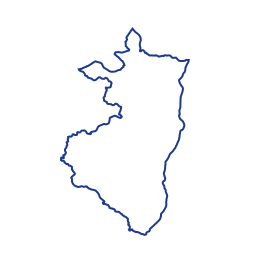 Pante Macassar, Ambeno, East Timor (orthographic projection), rotated 118°
{"feature_id": "22284137B41915999739632", "entity_name": "Pante Macassar", "entity_type": "district", "adm_level": 2, "iso_a3": "TLS", "parent_name": "East Timor", "parent_adm1": "Ambeno", "projection": "orthographic", "projection_center": [124.394, -9.27], "detail": "fine", "context": "isolated", "style": "outline", "palette": "blue", "viewbox_px": 256, "rotation_deg": 118, "n_neighbors": 0, "source": "geoboundaries", "source_scale": "gbopen_adm2", "svg_char_len": 5859}
<svg xmlns="http://www.w3.org/2000/svg" viewBox="0 0 256 256"><g transform="rotate(118 128 128)"><path d="M99.3,199.0L100.0,198.0L99.9,195.9L99.5,194.0L100.3,191.8L101.7,190.6L101.8,189.9L101.3,188.7L101.7,188.3L101.7,187.7L102.2,187.3L102.3,187.0L101.5,183.0L101.9,181.4L101.9,180.5L101.4,179.7L100.9,179.3L100.2,178.8L97.1,177.7L96.7,177.2L96.4,176.2L96.7,174.4L96.2,172.9L95.7,172.0L94.6,171.6L94.2,171.3L94.0,170.9L94.0,170.3L94.1,169.4L95.6,166.8L95.6,166.4L95.3,165.6L95.4,164.5L96.1,163.5L97.0,163.5L98.9,162.8L100.1,162.7L100.6,163.1L102.2,165.0L102.6,166.4L103.1,166.4L103.5,166.0L104.2,164.7L105.0,164.3L106.4,164.5L110.6,163.6L111.0,163.3L111.9,163.7L112.6,163.8L115.1,161.9L115.2,161.3L115.0,159.5L115.0,159.2L116.1,157.9L116.1,157.0L114.9,153.9L115.1,152.8L115.0,152.1L114.1,151.1L112.4,150.5L112.2,150.1L112.0,148.5L112.7,146.7L112.9,145.5L112.6,144.1L112.9,143.7L115.8,142.9L119.2,142.6L120.0,142.4L120.3,141.9L119.9,141.1L120.0,140.7L120.6,139.9L120.6,139.2L120.9,138.8L122.1,139.0L122.6,139.3L122.9,140.2L123.0,141.4L123.2,142.1L123.0,143.0L123.2,144.8L123.4,145.5L125.6,147.4L126.5,147.9L126.8,148.4L127.8,148.7L130.1,147.8L131.9,147.3L133.3,147.4L135.3,149.3L135.6,150.9L135.9,151.3L139.6,154.3L140.4,154.8L141.3,155.0L143.7,154.8L145.1,154.9L146.5,155.7L147.0,156.6L148.7,158.5L149.7,158.8L150.3,158.1L150.7,158.1L151.2,158.5L151.2,159.4L151.8,160.3L151.9,161.4L151.9,161.8L151.1,163.1L150.5,164.7L150.6,165.1L150.7,165.6L151.4,166.4L151.8,167.4L152.2,167.7L154.5,168.4L154.9,169.2L155.2,170.3L155.5,170.7L156.2,170.6L156.8,170.1L158.2,170.0L159.1,171.5L159.1,173.0L159.7,173.9L160.9,173.6L162.4,174.2L162.6,174.4L162.7,175.3L163.9,176.6L164.1,176.4L164.6,176.4L164.9,176.0L165.3,175.8L165.6,175.7L166.1,176.0L167.0,175.4L167.7,174.6L168.3,174.6L169.0,175.3L169.6,175.4L171.4,173.6L172.1,173.6L172.6,173.8L173.2,173.4L174.3,173.3L176.4,173.6L176.9,173.4L178.2,172.4L178.6,171.5L179.7,171.0L180.5,171.3L181.4,171.2L182.0,171.9L182.6,172.3L183.4,171.6L183.8,170.9L184.7,170.7L185.1,171.3L184.8,171.8L185.0,172.5L185.5,173.0L187.5,172.3L187.9,172.0L188.0,170.8L187.4,170.3L187.2,169.9L187.4,168.5L187.9,168.0L188.3,167.9L188.3,167.0L188.7,165.5L188.0,164.1L188.9,162.6L188.4,161.1L188.6,159.5L188.8,159.1L190.2,158.5L190.6,157.9L191.1,157.8L191.4,156.9L192.0,156.2L192.2,155.4L193.0,153.7L193.4,153.4L194.3,153.4L195.2,153.9L198.3,154.9L198.6,154.8L198.9,154.0L199.3,153.5L199.9,153.1L201.6,152.4L202.0,151.7L202.4,151.4L203.3,150.0L203.9,148.4L203.9,146.7L203.6,145.9L203.6,144.3L201.6,142.0L201.3,141.9L200.6,139.2L199.3,137.8L199.0,137.0L199.1,136.6L199.5,136.3L199.6,135.8L199.4,134.9L199.8,134.4L199.7,133.5L199.5,132.9L199.7,132.2L198.7,129.0L198.5,127.8L198.6,126.6L199.5,123.9L200.6,122.2L202.1,120.7L202.9,119.1L203.7,115.0L204.0,114.4L204.6,114.4L205.1,115.0L205.6,115.1L206.2,114.8L206.5,114.3L206.5,113.7L205.8,113.0L205.8,111.7L205.4,109.5L205.9,108.7L206.1,107.7L206.9,107.1L207.2,106.7L206.9,105.2L206.5,104.4L206.7,103.9L206.2,103.0L206.2,102.3L206.3,101.4L207.2,100.7L207.5,100.0L207.2,98.4L206.7,97.7L206.4,96.9L206.5,95.4L207.0,94.3L206.9,93.0L207.6,91.8L207.4,90.8L207.8,89.8L207.5,88.3L207.9,86.7L208.2,86.2L208.2,85.5L209.9,84.6L211.0,83.5L211.3,82.9L211.9,83.0L212.4,82.4L213.3,82.3L213.2,81.3L214.1,80.6L214.2,80.1L214.4,79.9L215.9,79.4L216.7,79.5L216.6,79.0L217.1,78.7L217.5,79.0L217.8,78.8L217.7,78.1L216.4,77.5L215.6,76.9L215.6,76.7L216.2,76.4L216.2,75.4L216.5,74.5L216.2,73.5L216.2,72.2L215.3,70.7L215.4,69.8L215.1,68.8L215.3,66.5L214.7,65.0L214.7,63.5L214.4,62.9L213.5,62.4L213.3,62.1L212.3,62.5L210.9,62.2L209.0,60.7L208.2,60.7L207.8,60.9L206.5,61.2L202.4,59.6L200.9,59.2L198.9,58.4L194.4,57.1L193.1,57.0L190.6,57.4L188.2,58.5L184.8,57.6L180.4,57.5L179.3,57.6L177.8,58.1L175.3,59.6L173.5,60.2L172.6,60.7L170.2,61.2L169.4,61.6L167.8,63.2L166.6,64.7L165.1,65.6L163.9,67.7L162.7,68.3L162.0,68.9L161.3,70.4L160.8,71.1L159.9,71.7L159.1,71.8L157.2,71.3L157.2,71.0L156.8,71.0L155.3,71.3L154.7,71.6L153.6,73.0L151.2,75.1L148.4,75.6L146.6,76.1L143.9,77.4L142.4,77.8L140.6,78.9L139.9,79.0L138.1,78.6L134.8,78.4L133.1,78.6L130.9,78.7L127.4,77.5L122.9,76.9L121.5,77.2L120.5,77.0L117.0,77.4L114.0,77.5L113.0,78.1L111.7,78.3L110.5,78.9L106.0,80.3L105.1,80.1L104.2,79.3L103.2,78.9L101.9,78.9L99.7,79.3L98.9,79.7L98.0,80.5L96.5,82.4L95.4,86.3L94.8,87.2L93.2,88.7L92.6,88.9L92.0,88.7L91.2,89.0L89.6,90.2L88.1,91.0L86.2,91.2L85.1,91.5L79.4,94.4L76.0,96.0L70.1,97.0L67.5,97.9L66.5,98.8L65.7,100.7L63.8,103.6L62.2,105.2L61.0,105.4L59.9,104.9L58.3,104.5L56.2,104.3L54.9,104.7L53.8,104.7L51.6,104.2L50.6,104.4L47.7,105.6L45.8,105.6L44.6,105.9L42.7,105.7L41.0,105.8L39.4,106.3L40.5,108.5L41.0,108.9L41.7,109.2L42.7,110.3L44.2,113.0L44.4,114.1L44.7,114.9L43.6,117.9L43.4,118.7L45.1,121.5L45.0,122.6L44.3,124.5L44.3,125.1L44.5,125.6L45.9,127.9L46.4,129.6L47.7,130.3L48.0,131.3L50.5,134.3L50.4,135.4L50.6,137.2L51.4,138.1L51.6,138.9L52.2,139.6L52.8,141.4L53.5,142.2L53.8,143.3L53.7,144.5L53.4,145.3L53.6,146.1L53.1,147.3L53.6,148.0L53.5,148.5L52.7,149.3L52.4,150.2L52.2,151.1L52.3,151.5L52.7,152.0L54.1,152.6L54.5,153.4L54.3,153.7L52.2,154.2L51.4,154.6L50.4,155.7L48.6,156.9L47.3,157.4L44.6,157.9L43.4,158.5L42.3,159.5L41.6,160.4L40.8,161.7L40.2,163.8L39.8,166.7L38.2,170.7L48.5,171.9L49.1,171.7L50.0,170.5L50.4,170.3L51.7,170.5L52.6,170.4L53.1,170.7L54.3,169.8L56.7,168.5L57.1,167.0L57.7,166.2L57.9,164.5L58.5,163.6L59.0,163.5L64.3,168.7L65.3,171.8L67.0,174.5L68.6,174.6L69.1,174.4L69.2,174.2L69.4,172.9L70.0,170.7L69.9,169.9L71.5,165.4L71.5,164.3L73.4,161.4L74.2,160.6L75.2,161.4L76.3,160.7L78.5,161.8L79.9,161.8L81.6,163.9L83.8,165.5L84.2,166.0L85.2,167.3L86.3,169.5L86.5,171.4L86.2,174.4L86.1,177.5L85.5,178.7L83.7,181.1L83.4,181.9L83.4,183.4L84.0,185.7L84.3,187.7L85.0,188.5L92.0,192.4L92.5,192.9L92.8,193.5L93.6,193.6L96.0,195.9L97.5,196.7L97.7,197.3L98.2,197.5L99.3,199.0Z" fill="none" stroke="#1e3a8a" stroke-width="2"/></g></svg>